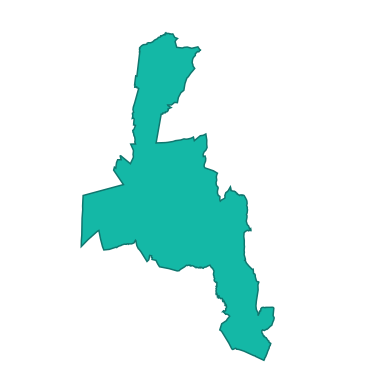 San Salvador, Hidalgo, Mexico, rotated 191°
{"feature_id": "50627088B65020558146987", "entity_name": "San Salvador", "entity_type": "district", "adm_level": 2, "iso_a3": "MEX", "parent_name": "Mexico", "parent_adm1": "Hidalgo", "projection": "equal_earth", "projection_center": [-99.069, 20.296], "detail": "fine", "context": "isolated", "style": "filled", "palette": "teal", "viewbox_px": 384, "rotation_deg": 191, "n_neighbors": 0, "source": "geoboundaries", "source_scale": "gbopen_adm2", "svg_char_len": 5987}
<svg xmlns="http://www.w3.org/2000/svg" viewBox="0 0 384 384"><g transform="rotate(191 192 192)"><path d="M290.3,117.3L285.0,125.4L277.6,135.1L276.1,136.5L272.8,128.4L269.4,121.3L267.5,118.3L262.2,119.9L256.3,123.2L255.3,123.1L254.8,123.8L253.4,125.0L251.5,125.9L250.9,126.5L248.5,127.9L246.5,128.1L245.9,128.7L245.0,128.9L244.6,128.5L244.1,129.0L241.3,129.6L239.2,131.0L238.3,133.9L237.9,133.6L235.9,128.8L233.8,126.0L233.1,125.7L230.9,123.8L222.9,115.2L221.5,117.2L221.4,120.1L221.6,120.7L221.4,121.7L219.5,121.7L219.5,120.5L219.2,120.0L218.4,119.9L218.4,118.2L214.3,118.0L211.9,114.8L209.6,112.4L199.9,112.4L191.5,111.7L189.6,112.3L188.7,113.7L185.0,117.1L183.5,119.0L182.5,118.9L181.5,119.5L180.8,119.7L180.4,119.5L179.9,119.8L179.5,119.1L178.7,119.2L178.4,119.6L177.4,119.8L175.6,119.3L174.9,118.9L173.8,119.0L173.5,118.5L172.9,119.0L170.9,118.8L170.3,119.4L169.8,119.1L169.6,119.6L169.1,119.3L168.8,119.7L168.5,119.6L168.2,119.8L168.1,119.5L166.4,119.3L165.7,120.4L163.8,121.1L162.5,122.3L160.4,123.6L158.4,121.4L157.5,121.3L155.3,118.6L155.3,115.6L155.0,114.5L154.4,113.8L154.1,112.5L153.3,111.5L153.5,110.0L153.2,109.1L151.6,108.0L151.1,108.2L150.8,107.7L150.3,107.8L149.8,104.9L150.3,104.1L149.6,103.9L150.0,101.6L149.4,101.1L149.6,99.6L149.0,97.8L148.5,97.5L149.0,97.1L149.0,96.5L148.8,96.2L148.5,96.5L147.8,96.2L147.2,94.5L147.0,95.3L146.3,94.9L146.1,95.2L145.7,95.2L145.5,94.6L146.0,93.8L145.7,93.0L145.2,93.2L145.1,93.7L143.9,93.3L143.5,92.8L142.4,93.3L141.9,93.2L141.6,92.2L140.9,91.9L141.3,91.3L141.0,90.6L140.8,90.4L140.3,90.7L139.7,90.3L139.4,90.6L139.1,89.4L138.5,89.4L138.0,87.7L137.7,87.8L137.3,87.4L137.2,87.9L136.9,87.6L136.8,87.1L137.2,86.8L136.5,86.7L136.1,85.7L136.1,85.0L136.7,83.8L136.3,82.6L136.4,81.8L137.0,81.4L138.3,81.5L138.9,80.5L138.2,80.7L138.2,80.4L138.1,80.8L137.9,80.7L138.3,80.2L137.4,79.8L136.7,79.1L136.0,78.9L135.6,78.4L134.8,78.7L133.1,78.5L131.3,77.3L133.2,73.8L133.6,72.4L137.7,68.3L138.4,61.9L136.6,61.1L135.6,60.1L126.9,50.6L123.0,45.6L121.9,45.2L119.5,46.9L118.8,46.8L118.3,46.2L115.9,46.4L110.6,45.7L100.2,43.2L98.7,43.2L98.5,42.8L89.3,40.5L88.9,41.9L88.9,42.9L88.3,44.2L87.5,48.2L87.3,50.1L86.5,53.4L86.6,55.0L86.0,56.2L85.8,58.4L87.6,59.1L88.2,60.4L89.0,60.6L91.4,63.1L92.2,63.1L93.6,64.3L93.9,63.9L94.2,64.1L95.8,66.5L96.5,67.0L97.0,69.1L96.4,70.1L94.6,69.8L92.6,71.6L92.2,71.5L91.3,72.5L89.4,75.3L88.3,76.3L87.8,80.1L87.4,81.6L87.3,83.5L87.4,84.3L88.8,86.1L89.5,93.5L90.0,94.1L90.9,94.2L97.7,92.8L98.2,92.4L100.1,92.4L101.3,91.9L102.1,90.7L101.9,88.4L102.1,88.1L102.8,88.1L103.0,87.3L102.7,86.4L102.8,85.8L103.2,85.6L103.3,84.0L104.0,83.3L103.7,84.1L103.8,85.4L106.4,88.9L107.5,92.3L108.0,97.2L108.4,108.4L109.6,113.4L109.2,116.2L109.4,116.5L110.8,116.4L111.8,117.1L113.7,120.8L114.0,122.3L114.4,123.0L114.8,123.5L116.0,123.7L117.2,127.9L118.0,127.5L121.9,130.1L125.0,132.6L126.4,134.5L126.6,135.4L127.1,135.2L126.8,136.3L128.9,140.5L129.1,142.9L129.7,144.7L130.1,148.5L130.6,150.0L131.4,154.3L132.7,158.3L133.1,161.9L132.3,163.2L130.8,164.7L129.7,165.1L129.3,164.7L128.9,164.7L128.1,165.4L126.8,165.3L126.8,165.7L127.4,167.2L127.7,166.7L128.5,167.0L130.0,169.5L131.5,170.5L132.9,173.2L133.2,173.8L133.2,177.5L133.5,179.2L134.1,179.9L134.2,180.5L133.9,181.8L134.1,185.0L134.7,186.6L134.8,187.6L135.8,189.1L135.7,191.2L136.3,193.3L136.8,194.4L138.5,196.6L140.2,198.5L141.1,198.7L141.7,198.3L142.0,198.6L142.4,198.2L142.7,198.6L143.6,198.5L144.6,197.7L145.0,198.1L146.0,198.1L146.8,198.7L147.2,198.6L147.4,199.2L148.9,199.9L149.2,200.4L151.0,200.9L151.8,200.6L153.2,200.8L153.5,201.2L154.0,201.0L154.1,201.4L154.5,201.5L154.5,202.8L155.3,204.4L156.6,200.5L157.5,198.9L157.8,198.8L158.7,197.7L159.1,194.7L158.6,193.4L158.7,192.1L161.6,189.7L162.5,188.4L163.1,189.3L163.4,190.4L163.7,192.8L164.2,193.2L165.4,193.5L166.7,195.5L167.2,197.7L167.1,201.0L167.4,201.3L167.6,201.9L168.4,202.3L169.6,203.7L169.7,204.5L170.2,205.5L170.0,208.4L171.0,211.4L171.0,213.5L170.6,215.3L175.0,216.9L183.7,218.1L184.3,218.5L185.1,219.6L185.2,221.8L184.6,225.0L184.9,227.5L186.1,229.8L187.6,229.0L188.3,231.0L187.8,233.6L186.4,235.7L185.7,238.5L186.7,241.7L187.4,245.8L189.5,251.6L191.8,249.8L194.6,248.8L199.5,242.8L201.1,246.2L203.0,244.7L206.0,243.3L207.8,242.7L210.0,242.6L213.0,240.9L217.9,239.3L220.2,238.0L225.0,236.2L227.6,235.4L236.6,233.3L237.1,262.5L235.7,262.9L235.8,263.8L233.3,264.7L233.4,265.5L232.0,265.9L231.0,267.3L231.3,268.0L230.9,268.4L231.3,269.1L228.6,270.9L232.1,272.2L232.5,272.8L228.7,273.6L226.2,276.6L223.4,276.9L223.4,282.2L221.9,287.3L219.4,290.3L219.6,297.0L218.8,302.8L217.6,304.5L216.0,308.2L212.9,313.8L214.9,315.7L215.5,317.3L216.5,318.9L216.7,321.7L216.6,323.3L215.8,325.2L214.8,326.6L215.1,328.4L213.8,330.1L213.7,330.6L213.3,331.0L212.1,330.9L211.2,332.7L210.2,332.9L211.5,333.2L213.9,335.6L219.7,333.0L224.2,333.4L227.3,332.5L228.9,331.5L234.6,331.1L237.3,336.4L236.7,338.2L235.5,339.9L238.5,340.5L241.0,343.5L242.5,343.0L243.1,343.2L243.9,342.8L244.6,343.2L246.1,343.1L247.0,342.6L248.0,343.4L248.7,342.6L248.5,341.2L249.8,341.0L251.8,339.2L252.2,339.5L252.6,339.3L252.6,338.8L252.8,338.0L254.5,337.3L255.2,335.9L257.7,334.0L259.3,331.8L261.1,330.6L263.4,330.2L264.5,329.4L264.5,328.4L267.9,327.3L269.4,325.9L270.9,323.6L270.5,322.9L270.9,322.3L270.4,321.3L270.3,319.6L270.0,319.7L268.2,295.1L269.4,295.3L269.4,295.1L268.8,286.3L268.4,286.4L268.2,284.0L266.5,284.6L266.5,284.0L264.1,283.5L265.3,268.2L265.8,264.2L265.7,261.7L264.5,259.0L265.5,257.9L265.1,256.6L264.9,256.6L264.6,255.2L264.7,252.8L263.6,253.4L262.7,252.5L262.3,247.6L262.0,247.4L262.1,246.7L260.2,246.6L261.0,242.2L261.9,241.2L261.2,239.2L260.8,239.0L259.8,236.4L258.7,234.9L257.8,232.3L257.7,230.2L256.6,228.4L261.3,227.3L257.7,222.1L257.3,221.2L257.0,217.4L256.4,216.1L256.2,214.6L257.9,208.0L268.9,214.0L269.4,213.6L267.7,210.2L271.1,209.5L271.7,206.5L271.4,200.9L272.9,201.6L273.1,198.5L260.7,186.2L298.2,167.8L296.7,157.3L295.9,153.8L294.9,145.3L292.0,128.9L291.4,123.6L290.3,117.3Z" fill="#14b8a6" stroke="#0f766e" stroke-width="1.5"/></g></svg>